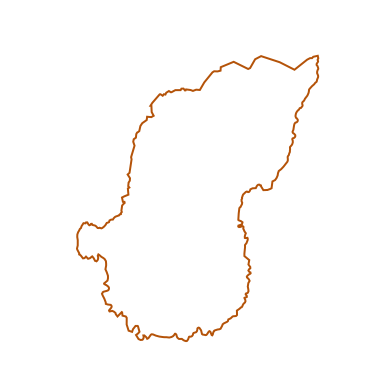 Zacazonapan, México, Mexico, rotated 9°
{"feature_id": "50627088B85040406712653", "entity_name": "Zacazonapan", "entity_type": "district", "adm_level": 2, "iso_a3": "MEX", "parent_name": "Mexico", "parent_adm1": "México", "projection": "natural_earth1", "projection_center": [-100.25, 19.063], "detail": "fine", "context": "isolated", "style": "outline", "palette": "amber", "viewbox_px": 384, "rotation_deg": 9, "n_neighbors": 0, "source": "geoboundaries", "source_scale": "gbopen_adm2", "svg_char_len": 6048}
<svg xmlns="http://www.w3.org/2000/svg" viewBox="0 0 384 384"><g transform="rotate(9 192 192)"><path d="M85.8,249.6L85.4,251.9L85.7,254.4L86.7,257.5L87.5,262.7L87.3,265.3L87.3,266.1L88.1,267.4L90.3,270.3L90.2,271.0L90.4,271.4L91.5,271.7L92.3,272.3L94.7,274.6L95.8,274.3L96.6,273.6L97.4,272.4L99.8,274.2L101.4,273.4L102.1,272.8L103.1,271.5L103.6,271.2L105.2,272.7L107.1,275.2L107.9,275.2L108.5,275.4L109.0,274.8L109.6,273.6L109.7,271.8L108.9,269.7L109.3,268.3L110.4,268.8L112.6,270.2L114.6,271.0L116.2,271.9L117.8,273.8L118.4,276.2L118.7,278.1L118.6,281.9L120.3,284.5L122.1,287.9L122.5,290.3L122.4,292.7L121.1,294.2L119.5,296.0L119.5,296.4L121.1,297.2L121.9,297.3L124.2,298.6L125.0,299.7L125.1,300.3L125.1,300.9L124.7,302.1L123.5,302.9L120.5,304.2L119.5,305.0L119.4,305.7L119.0,306.6L120.0,308.2L122.1,311.1L124.0,314.4L124.4,316.0L126.5,316.3L129.4,316.2L130.2,316.9L130.5,317.4L130.5,318.5L130.0,319.6L129.2,320.8L128.6,321.9L129.1,322.8L129.3,322.9L131.9,321.9L133.8,322.5L135.4,323.5L135.9,324.7L137.9,326.6L141.4,321.6L141.8,321.8L142.7,325.0L146.1,325.3L147.2,326.5L148.2,333.1L151.1,338.9L154.7,339.5L155.2,336.7L157.2,333.1L159.3,332.8L159.7,333.2L162.0,338.3L160.9,340.1L159.1,342.0L162.2,345.6L164.4,346.2L166.2,345.7L166.8,344.6L167.0,343.8L166.9,342.6L166.4,341.3L167.3,341.1L169.6,342.6L170.7,344.0L171.8,343.2L173.7,339.4L174.5,338.8L175.9,338.8L178.7,339.5L182.4,339.9L186.7,339.8L189.7,339.4L192.3,339.3L194.5,338.4L195.9,337.3L196.8,335.9L197.3,334.7L197.9,334.6L198.8,335.3L199.6,337.0L200.2,338.0L201.8,339.1L203.0,339.1L204.1,338.8L205.0,338.7L206.8,339.7L208.4,340.1L209.5,340.2L210.4,339.8L211.2,338.2L211.7,335.6L212.0,335.3L213.4,335.1L214.5,334.4L215.1,333.4L215.3,331.7L215.6,331.0L218.0,329.8L218.6,328.8L218.8,327.3L218.7,325.9L219.1,325.3L219.8,324.9L220.6,325.1L222.6,327.2L224.1,330.7L224.8,331.1L228.0,331.2L228.6,330.9L229.3,329.7L230.4,327.2L231.1,326.7L232.0,327.2L233.8,330.2L234.4,330.4L234.8,329.6L235.0,327.1L235.6,326.1L235.6,325.6L236.4,325.0L238.8,323.8L240.5,323.3L241.6,322.6L242.7,319.5L243.0,317.9L244.0,316.8L247.1,314.6L247.7,313.8L247.8,312.2L249.9,310.8L251.5,308.7L252.1,308.3L254.2,307.8L255.1,307.4L255.7,306.4L254.9,302.1L257.3,299.8L258.3,298.4L259.0,298.1L259.5,297.3L259.8,295.9L260.4,294.3L261.6,292.8L261.9,291.5L261.5,290.2L260.5,288.8L260.4,288.3L262.5,287.2L262.5,286.5L262.2,285.8L261.2,285.0L261.0,284.7L261.0,284.2L261.2,283.8L262.4,283.2L262.9,282.7L263.3,281.1L262.8,279.2L261.9,276.7L261.9,273.1L262.8,270.8L262.0,269.6L261.2,268.8L259.7,267.8L259.4,267.0L259.8,266.1L261.0,264.6L262.1,263.8L262.6,263.2L262.3,262.3L261.1,261.9L260.0,260.8L260.4,259.4L261.5,258.3L261.3,257.0L259.1,254.8L259.2,250.3L253.8,247.1L253.4,244.8L253.0,237.9L252.7,236.7L252.7,235.9L253.8,234.0L254.5,230.7L254.4,229.5L253.9,228.6L252.3,229.1L251.4,229.1L251.1,227.8L251.2,226.2L251.6,224.3L250.0,222.7L249.3,221.5L248.4,220.3L248.4,219.4L248.3,218.4L247.9,218.0L247.2,217.8L245.1,219.0L243.9,219.3L243.1,218.9L243.1,217.9L245.6,216.6L246.4,216.0L246.6,214.0L245.1,213.2L243.3,212.8L242.5,212.6L242.1,212.3L241.5,205.9L241.3,200.6L241.7,199.7L242.2,199.4L243.3,196.0L243.2,194.5L242.5,193.6L242.1,191.8L242.5,190.7L242.2,189.6L242.5,188.7L242.6,187.6L242.9,186.5L245.1,183.6L246.0,183.0L246.5,183.0L247.2,183.3L247.8,183.2L248.4,182.9L249.0,181.7L249.3,180.2L251.2,178.9L254.4,178.2L255.0,176.2L255.6,175.1L256.2,174.5L257.2,174.2L257.8,174.3L258.2,174.8L259.1,174.8L259.3,175.6L262.2,179.0L266.2,178.2L268.7,176.8L270.0,175.8L269.8,169.0L272.2,167.2L273.3,165.0L274.0,162.3L274.0,159.9L274.2,158.9L274.4,157.7L276.5,155.5L278.4,152.7L281.5,147.1L281.7,145.7L281.5,144.5L281.0,142.5L281.1,141.9L281.3,141.3L281.8,140.5L282.0,138.6L282.4,137.2L282.2,135.5L282.2,134.5L281.8,132.7L281.8,132.2L283.0,130.3L283.5,129.2L283.8,127.3L283.5,125.6L282.8,124.3L282.8,123.8L283.0,123.3L284.2,122.7L285.0,121.8L285.2,121.2L285.3,120.7L285.1,119.7L283.9,118.6L282.8,118.1L282.4,117.8L282.1,117.4L281.9,116.6L282.4,114.7L282.4,110.2L282.5,108.9L282.8,108.1L283.3,107.3L284.4,106.8L284.9,106.2L285.2,105.7L285.3,104.8L285.2,104.3L285.0,103.9L283.8,102.7L283.2,102.5L282.5,101.3L282.3,100.2L282.4,98.1L282.8,96.8L283.2,95.9L284.2,94.4L284.8,93.8L285.2,92.5L285.5,92.2L286.5,91.9L286.8,91.2L287.4,90.4L287.7,89.5L287.6,88.8L287.1,87.9L286.9,86.7L287.1,85.9L288.4,84.2L289.0,82.2L290.9,78.7L291.6,76.0L291.7,74.6L291.6,72.7L291.9,71.9L293.9,68.8L295.8,66.5L296.7,64.8L297.4,64.1L297.7,63.8L297.9,63.2L298.0,61.3L298.5,59.2L298.6,58.6L298.3,57.2L297.0,55.1L296.9,54.4L296.8,53.5L297.0,51.9L297.4,50.8L297.3,50.0L296.3,48.0L295.3,47.2L295.1,46.5L295.1,45.9L295.4,45.2L296.0,43.9L296.1,43.2L295.4,41.8L295.8,40.2L294.9,37.8L290.6,39.5L289.6,41.0L287.7,41.3L285.0,43.3L274.1,55.2L258.3,50.1L239.0,47.0L233.6,51.0L230.0,60.5L228.2,61.7L212.8,56.9L200.9,64.2L201.2,67.7L198.4,68.9L195.0,69.3L193.5,70.6L187.0,81.8L183.8,90.0L180.1,90.3L177.1,92.0L174.7,91.5L170.1,91.6L169.8,92.6L169.2,92.8L167.4,91.2L165.4,91.6L164.8,93.2L159.6,94.0L156.2,96.6L155.5,96.8L153.4,95.9L151.0,98.0L150.5,99.9L149.0,99.8L148.0,101.5L145.6,100.4L144.8,100.6L138.9,110.1L137.5,113.3L138.4,113.2L139.7,119.4L142.2,122.7L140.1,124.4L135.9,124.7L136.0,128.0L132.1,131.8L130.7,134.9L130.4,140.1L129.3,141.3L128.5,141.9L127.9,143.5L128.1,147.1L126.2,149.0L126.1,151.6L128.0,155.2L126.4,167.1L127.2,169.2L127.3,182.8L125.7,184.8L128.6,188.1L128.8,190.6L127.9,192.6L128.1,196.2L129.4,197.4L128.1,198.5L129.6,204.6L125.8,206.9L123.7,208.4L125.3,212.5L126.8,212.3L127.2,213.3L126.2,214.5L125.1,216.3L125.2,221.6L125.8,222.7L125.0,224.2L125.3,224.9L125.0,225.2L124.2,225.4L123.7,226.0L123.6,226.5L120.3,228.3L119.6,229.0L118.7,230.3L118.2,231.6L116.5,231.9L115.0,233.0L114.7,234.8L113.7,235.4L112.6,235.9L111.7,238.2L110.5,240.0L109.0,241.6L108.1,242.1L107.3,241.9L106.2,241.8L105.7,242.2L104.4,242.3L102.4,240.7L101.4,240.3L99.0,240.1L98.5,239.7L98.0,239.1L97.3,239.3L97.3,240.0L95.8,240.9L94.8,240.2L93.3,238.4L92.1,238.6L91.7,239.6L89.7,239.8L88.2,243.2L88.0,244.9L87.0,246.1L86.6,247.6L85.8,249.6Z" fill="none" stroke="#b45309" stroke-width="2"/></g></svg>